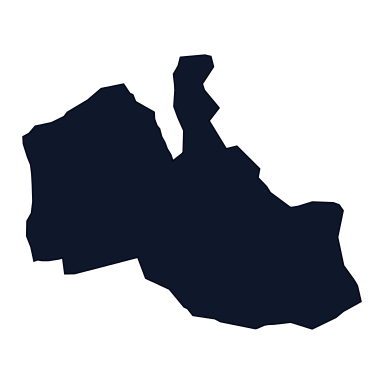 Nsit Ubium, Akwa Ibom, Nigeria
{"feature_id": "59680162B36558878931890", "entity_name": "Nsit Ubium", "entity_type": "district", "adm_level": 2, "iso_a3": "NGA", "parent_name": "Nigeria", "parent_adm1": "Akwa Ibom", "projection": "orthographic", "projection_center": [7.956, 4.76], "detail": "fine", "context": "isolated", "style": "filled", "palette": "ink", "viewbox_px": 384, "rotation_deg": 0, "n_neighbors": 0, "source": "geoboundaries", "source_scale": "gbopen_adm2", "svg_char_len": 1231}
<svg xmlns="http://www.w3.org/2000/svg" viewBox="0 0 384 384"><path d="M343.1,210.6L339.1,204.9L333.4,202.8L312.5,202.0L298.2,206.4L291.5,207.5L290.1,207.3L270.3,192.6L266.5,186.5L258.0,177.7L259.6,168.8L236.9,146.2L226.2,148.8L209.1,120.8L219.0,108.0L218.9,107.7L204.3,90.1L202.3,83.8L213.5,66.7L210.9,56.5L204.9,55.1L180.4,57.3L178.3,65.7L173.5,74.1L174.7,84.7L175.0,90.1L173.9,106.5L178.1,117.9L183.8,130.6L183.2,151.9L182.4,153.4L172.8,160.9L170.9,154.9L167.2,148.9L164.9,142.6L161.6,136.6L159.6,128.9L156.9,125.6L154.5,119.0L154.2,112.2L135.5,101.6L132.8,94.7L129.8,93.5L123.6,84.1L101.2,88.6L87.6,100.2L67.3,112.3L64.2,116.5L54.9,121.1L51.3,122.8L35.2,126.2L29.2,133.3L23.0,136.7L23.4,143.9L27.6,157.1L30.7,164.8L31.8,174.1L32.4,185.0L32.9,201.5L31.5,213.1L27.0,221.1L26.7,236.0L31.0,247.0L34.0,261.1L37.8,259.8L41.8,260.5L48.8,260.5L59.4,258.8L62.7,257.8L64.8,273.8L74.5,273.6L80.0,272.2L137.8,257.2L145.7,278.2L169.3,289.1L184.0,306.9L187.5,308.5L192.9,315.4L214.9,318.7L220.4,321.6L255.3,328.6L256.9,328.3L264.2,325.1L267.8,324.4L274.3,324.1L290.9,322.2L312.2,328.9L335.9,317.4L343.3,311.3L361.0,301.5L357.4,285.8L354.0,280.0L343.6,265.6L337.6,237.2L343.1,210.6Z" fill="#0f172a" stroke="#020617" stroke-width="1.5"/></svg>